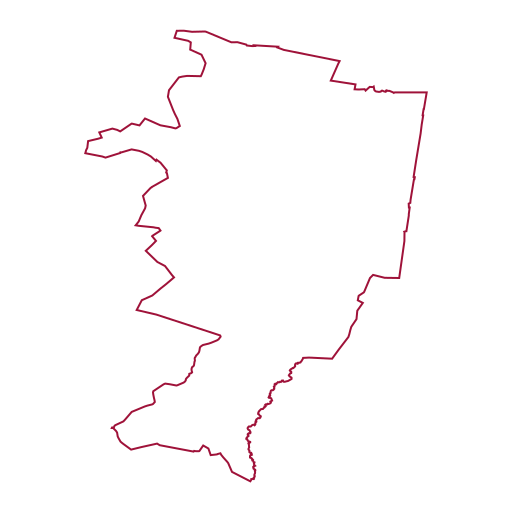 Lielplatones pag., Jelgava, Latvia
{"feature_id": "27541924B38186203198692", "entity_name": "Lielplatones pag.", "entity_type": "district", "adm_level": 2, "iso_a3": "LVA", "parent_name": "Latvia", "parent_adm1": "Jelgava", "projection": "natural_earth1", "projection_center": [23.633, 56.444], "detail": "fine", "context": "isolated", "style": "outline", "palette": "rose", "viewbox_px": 512, "rotation_deg": 0, "n_neighbors": 0, "source": "geoboundaries", "source_scale": "gbopen_adm2", "svg_char_len": 6043}
<svg xmlns="http://www.w3.org/2000/svg" viewBox="0 0 512 512"><path d="M250.3,481.3L250.9,480.4L251.2,479.8L251.5,479.5L251.4,479.1L253.0,478.9L253.6,479.1L253.8,479.1L254.0,478.8L253.7,478.4L253.6,477.8L254.3,477.2L254.3,476.9L254.7,476.6L254.7,475.8L254.3,475.2L254.5,474.3L255.0,473.3L255.1,472.1L254.8,470.8L255.3,470.5L255.2,469.7L253.7,468.8L253.7,468.4L253.3,468.0L253.2,466.8L253.4,466.6L254.1,466.5L254.5,466.1L255.1,465.8L254.6,465.3L254.1,465.1L254.2,464.5L254.2,463.9L253.9,463.7L254.0,463.1L254.4,462.4L253.6,462.1L253.6,461.8L253.1,460.8L252.3,460.5L252.2,459.8L252.7,459.5L252.3,459.1L251.9,458.9L251.9,458.5L251.2,457.9L250.3,457.8L250.0,457.5L250.0,455.9L250.3,455.5L251.4,455.0L250.8,454.5L250.8,454.3L251.7,453.9L251.2,452.8L249.6,452.4L249.3,452.0L249.4,450.5L248.5,449.5L248.5,448.8L249.2,447.2L249.0,446.4L248.9,444.0L248.4,443.6L248.6,442.8L248.8,442.7L249.4,442.8L250.2,442.4L250.2,441.9L249.4,441.5L248.6,441.4L247.8,440.7L247.5,440.3L247.5,439.7L247.1,439.1L246.3,438.9L246.3,438.5L246.6,437.8L247.3,437.1L247.6,436.5L248.2,436.3L248.5,436.0L248.3,435.6L248.4,435.1L247.7,434.6L247.8,434.0L248.6,433.3L249.2,433.1L250.0,433.3L250.5,432.8L250.4,431.8L249.9,431.2L249.7,430.4L248.1,429.5L247.6,428.4L247.8,427.6L248.8,426.5L249.1,426.4L249.6,426.6L250.8,426.5L252.2,425.1L253.4,424.7L254.0,424.8L254.6,425.3L255.1,424.8L255.4,424.1L255.1,423.9L255.4,422.6L255.7,422.3L255.6,421.8L256.3,421.8L256.4,421.5L256.3,420.7L256.0,420.2L256.3,419.5L258.1,418.1L259.7,418.2L260.3,417.6L260.8,416.5L260.7,416.1L259.5,415.6L259.2,414.5L258.1,413.9L258.3,412.6L258.6,411.9L259.1,411.5L259.1,411.1L261.1,409.1L262.9,409.0L263.7,407.9L264.4,407.6L264.6,407.3L264.5,406.7L265.2,406.7L265.7,406.3L265.7,405.7L265.4,405.5L265.5,405.1L265.3,404.7L266.1,404.2L267.1,404.5L267.5,404.2L267.7,403.8L268.4,404.0L269.2,403.8L270.5,403.2L270.9,402.5L270.4,401.5L272.1,400.6L271.2,398.3L270.3,397.9L269.1,397.9L268.6,397.5L269.3,395.9L270.0,395.9L270.2,395.6L269.8,394.6L270.1,394.1L269.8,393.7L270.0,393.3L270.6,393.0L270.7,392.4L270.6,392.0L270.7,391.2L271.0,390.6L271.7,390.2L272.7,390.3L273.4,389.9L274.2,388.9L273.9,388.6L274.3,387.5L273.9,386.6L274.7,386.0L274.6,384.8L274.6,384.2L275.1,383.8L275.5,384.3L276.1,384.3L276.7,383.6L276.8,383.2L278.0,382.1L278.5,382.4L279.3,382.3L280.1,381.7L280.9,382.0L281.7,381.2L281.9,380.6L283.0,380.5L283.5,381.7L284.7,381.8L286.5,381.3L288.0,381.0L291.5,379.0L291.6,377.9L291.4,377.5L289.8,376.6L289.3,376.1L289.3,375.6L288.9,375.2L290.2,373.4L291.2,373.1L291.3,372.5L291.2,371.7L290.0,370.8L289.8,370.5L290.3,369.7L291.2,369.0L292.1,368.5L292.7,368.0L293.3,368.1L295.1,366.4L295.2,366.0L295.0,365.5L295.2,364.2L295.8,363.5L296.3,363.3L297.0,363.5L297.3,363.8L297.8,363.7L298.0,363.3L298.0,362.8L299.8,362.7L300.5,362.4L300.7,361.8L301.3,361.4L302.8,358.9L303.1,357.9L308.9,357.6L311.6,357.7L332.1,358.7L338.8,349.5L348.4,337.0L349.3,334.2L350.3,330.1L351.3,326.8L356.5,319.1L357.3,310.7L362.8,302.9L357.8,300.3L358.6,296.0L358.8,295.7L363.8,292.4L364.2,291.8L370.0,278.0L373.1,274.9L384.7,277.8L399.2,278.0L404.4,241.1L404.5,232.1L404.3,231.7L405.9,231.2L406.4,231.2L408.8,215.6L408.8,214.1L409.7,207.5L408.9,207.5L408.7,203.6L410.3,202.9L410.6,199.6L413.5,182.0L414.0,179.2L414.4,179.2L414.8,177.2L413.6,177.0L416.2,160.2L420.6,133.6L421.7,124.6L423.2,115.4L422.6,115.3L423.6,109.1L423.9,109.1L426.7,92.4L395.4,92.4L394.2,92.5L393.8,92.9L392.9,92.3L389.5,90.9L387.8,90.9L386.9,90.4L386.4,90.3L386.2,90.4L385.7,91.1L385.9,91.6L385.6,91.8L384.0,91.4L382.4,90.7L382.0,90.6L381.4,90.9L381.0,91.4L380.8,91.6L379.0,91.9L376.2,91.5L375.7,91.3L374.9,90.7L374.4,90.1L374.2,89.3L374.0,88.0L373.7,86.6L373.1,87.1L369.7,86.9L365.6,90.6L364.7,89.2L358.7,89.5L354.6,89.3L355.5,84.4L330.8,80.6L338.3,63.6L339.6,61.1L283.8,49.9L277.4,47.5L278.0,46.7L254.2,45.3L254.7,46.0L252.1,46.1L246.8,45.5L246.3,44.6L237.5,42.2L231.4,42.3L205.9,31.7L204.9,31.5L192.0,31.8L183.7,30.7L176.8,30.8L174.5,37.8L188.1,40.8L190.8,42.4L190.2,49.6L201.5,54.7L205.6,63.2L203.8,69.1L201.7,74.4L200.8,76.2L187.1,75.9L182.3,76.6L178.9,77.4L169.0,90.2L167.9,96.8L173.1,110.0L174.8,113.8L177.4,118.9L179.8,126.0L176.5,128.1L175.4,128.4L170.8,127.2L160.4,125.3L145.0,118.5L139.5,125.4L131.8,123.6L131.5,123.7L120.2,131.4L117.2,129.9L112.4,128.6L99.3,132.4L101.7,137.6L98.2,138.7L88.1,141.1L87.3,147.8L86.1,150.2L85.3,153.2L102.3,156.5L105.5,157.6L120.2,153.0L120.4,152.3L121.4,152.4L131.6,149.4L138.9,150.8L142.2,151.9L147.6,154.5L150.9,156.5L155.9,161.0L156.5,159.7L160.5,162.7L166.8,170.4L166.2,172.6L166.9,173.1L167.9,177.9L151.8,187.0L151.7,187.3L150.7,187.8L143.0,195.9L145.7,205.5L145.2,207.9L145.0,208.5L141.4,215.1L138.7,221.5L135.7,225.3L138.7,225.8L153.6,227.3L155.4,227.7L158.7,228.1L160.5,230.6L160.4,230.7L154.3,234.6L152.3,235.9L152.1,236.2L156.0,240.9L151.8,245.2L145.8,250.8L157.4,262.0L165.0,266.0L172.0,275.1L174.0,277.4L165.9,284.3L160.7,288.4L152.3,295.5L141.8,300.2L136.7,310.0L156.4,314.6L220.1,335.4L220.3,335.7L220.6,336.7L218.5,339.4L216.9,340.4L211.3,342.7L208.7,343.6L203.0,345.0L201.7,345.8L200.3,346.9L199.9,347.7L199.4,350.8L198.9,352.4L197.7,354.0L196.2,355.5L195.3,357.2L194.9,357.6L194.7,358.3L194.9,360.8L194.5,361.7L194.0,365.2L193.5,366.1L192.0,367.3L191.5,369.1L191.7,371.0L192.1,372.1L192.1,372.4L191.1,373.2L189.3,373.8L189.2,375.6L186.7,378.0L185.9,379.1L185.7,380.5L184.8,381.7L183.6,382.6L177.5,385.2L176.4,385.5L169.5,384.2L165.2,383.6L163.6,384.3L153.3,391.2L153.0,392.4L153.3,394.6L154.0,398.1L154.5,400.1L154.8,402.0L153.0,404.0L152.2,404.4L147.4,405.6L144.7,406.5L131.7,411.9L125.0,419.7L123.4,421.4L115.7,425.0L114.7,425.6L114.3,426.3L113.9,427.4L112.0,427.5L111.8,428.0L113.8,428.0L113.8,428.7L116.0,430.9L117.1,432.6L117.7,436.4L118.5,438.1L120.5,441.6L121.5,442.5L123.4,444.0L131.1,449.6L141.3,447.1L157.1,443.6L159.7,445.2L193.6,451.6L194.1,450.9L195.9,451.2L198.0,451.2L198.9,451.2L199.4,451.0L203.2,445.5L208.4,448.5L210.7,455.1L217.0,454.4L217.4,454.1L220.4,453.3L221.2,454.8L223.2,457.3L227.3,461.9L228.2,463.1L232.0,471.9L250.3,481.3Z" fill="none" stroke="#9f1239" stroke-width="2"/></svg>